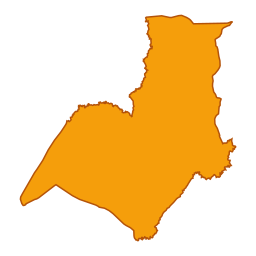 Non Daeng, Nakhon Ratchasima, Thailand (Robinson projection)
{"feature_id": "78962969B77255700381962", "entity_name": "Non Daeng", "entity_type": "district", "adm_level": 2, "iso_a3": "THA", "parent_name": "Thailand", "parent_adm1": "Nakhon Ratchasima", "projection": "robinson", "projection_center": [102.541, 15.454], "detail": "fine", "context": "isolated", "style": "filled", "palette": "amber", "viewbox_px": 256, "rotation_deg": 0, "n_neighbors": 0, "source": "geoboundaries", "source_scale": "gbopen_adm2", "svg_char_len": 5894}
<svg xmlns="http://www.w3.org/2000/svg" viewBox="0 0 256 256"><path d="M66.9,121.0L66.4,123.4L64.9,125.9L61.0,131.8L54.5,140.2L48.3,149.8L42.7,160.5L36.9,169.4L34.6,172.6L22.4,193.8L20.7,197.0L20.4,199.2L21.8,203.5L23.1,205.4L23.8,205.5L25.1,205.0L25.8,204.5L26.0,203.8L34.6,199.5L36.7,198.9L38.8,197.7L54.3,185.8L56.0,184.7L72.5,195.7L79.6,199.4L95.7,205.0L98.0,206.2L99.2,207.2L104.5,208.2L109.1,210.6L113.0,213.6L123.9,224.0L126.2,225.5L130.4,227.7L133.8,230.6L134.0,235.9L134.4,237.8L136.0,240.0L136.6,239.8L137.5,240.6L138.2,240.6L138.5,240.3L138.6,238.9L139.2,238.4L139.9,238.7L141.2,238.6L141.9,239.5L142.2,239.6L142.3,238.8L141.5,238.0L141.5,237.6L142.0,237.3L142.7,237.7L143.1,238.8L143.8,238.6L144.7,236.9L145.9,237.6L145.9,238.9L146.3,238.9L146.7,238.1L147.2,237.9L147.7,238.1L148.4,239.1L150.0,238.8L150.0,237.1L150.3,236.7L150.9,237.5L152.4,237.7L152.9,237.0L153.0,235.6L154.3,234.7L154.8,233.5L155.7,233.6L156.8,231.7L156.7,231.1L157.4,230.5L156.5,229.4L156.3,227.9L155.0,227.3L154.7,226.6L157.5,224.3L157.9,223.3L158.8,223.2L158.9,220.4L160.1,219.7L159.9,218.0L160.7,217.6L161.2,216.7L161.9,216.0L162.7,213.7L164.1,211.9L166.1,210.3L167.2,208.3L169.0,207.5L170.2,205.8L173.6,202.4L176.7,198.7L178.2,197.6L180.3,196.6L180.2,195.1L183.0,192.6L182.5,190.4L184.0,190.4L184.0,189.3L185.9,187.7L186.4,186.4L187.2,185.7L188.3,183.6L191.1,179.2L191.7,178.5L192.9,178.3L192.8,177.1L193.3,176.2L192.9,174.9L194.5,174.6L194.4,173.2L195.1,173.1L195.6,172.5L196.4,173.2L197.2,172.1L197.5,172.2L197.6,172.9L198.1,173.1L198.5,172.8L198.7,172.1L199.3,171.9L199.6,172.2L199.1,174.6L199.4,174.8L200.7,174.7L201.8,175.8L201.9,176.3L201.3,176.9L201.4,177.5L202.8,176.8L203.7,177.6L204.8,177.5L205.5,178.9L206.3,179.5L207.2,178.6L209.0,178.1L209.8,178.3L209.9,179.0L210.3,179.2L211.6,177.0L212.7,176.3L214.1,174.7L214.6,174.7L216.1,176.4L216.3,177.4L218.1,176.7L218.8,177.2L219.4,177.1L220.2,176.3L220.2,175.3L221.2,174.4L221.1,174.1L220.0,174.0L220.1,172.9L222.0,173.5L222.8,172.5L221.8,172.0L221.8,171.4L223.7,170.5L224.7,169.5L225.7,169.8L225.4,169.0L224.5,168.0L224.7,167.1L226.4,166.9L227.0,166.5L228.0,167.0L228.2,166.7L227.9,165.8L228.1,165.5L229.5,166.9L230.1,165.7L231.2,165.5L229.4,162.9L230.1,160.4L228.8,160.3L227.8,159.7L227.8,158.5L228.7,157.3L228.0,156.4L228.5,155.2L229.1,154.8L229.3,151.9L229.6,151.2L230.1,151.0L231.7,151.7L232.4,151.7L233.1,150.3L233.1,148.7L234.4,149.1L234.6,147.9L235.5,147.3L235.6,146.5L234.9,146.0L233.6,146.0L232.5,145.2L232.4,143.7L231.6,141.0L231.9,138.9L230.9,139.6L230.0,139.6L229.3,140.8L228.5,140.4L227.7,140.8L227.7,141.9L227.0,142.3L226.8,143.0L225.8,143.2L225.0,142.9L223.8,143.4L223.3,143.1L222.8,143.6L219.7,136.9L219.4,135.8L219.7,135.5L219.4,134.3L217.3,128.3L215.7,125.6L214.9,123.6L214.7,118.9L215.8,116.3L216.8,115.1L218.5,113.8L219.1,106.8L220.1,105.3L220.1,102.1L221.1,99.0L219.7,98.1L217.3,97.8L216.5,97.2L215.5,94.4L213.7,91.9L212.5,86.2L212.6,83.5L213.1,80.9L212.4,76.7L212.8,75.4L215.1,73.6L218.0,70.0L219.5,67.5L220.1,65.7L219.9,60.8L218.8,56.3L217.8,49.4L217.1,47.0L215.8,45.8L215.7,43.3L215.1,39.7L215.5,39.1L219.7,36.4L220.5,34.7L221.3,33.7L222.0,29.5L223.4,27.9L227.8,25.8L229.5,25.4L231.8,22.2L232.7,21.9L231.1,21.8L228.1,23.0L226.7,23.2L193.5,23.8L190.4,20.0L188.9,18.8L186.5,17.4L181.6,15.4L178.9,15.6L171.5,17.5L169.8,17.5L161.7,15.8L146.3,17.2L145.7,17.8L146.7,20.7L145.6,21.1L145.6,21.6L145.9,21.8L146.9,21.3L147.3,21.5L148.1,21.2L147.9,22.1L148.7,23.5L148.5,24.3L147.6,25.4L148.3,26.7L148.9,29.3L148.0,31.0L147.7,33.0L147.0,33.8L147.4,34.3L148.2,34.5L148.3,35.3L148.9,35.6L148.6,36.8L149.8,37.4L149.4,39.0L149.7,39.1L150.4,38.7L151.2,39.1L150.9,40.4L151.1,42.7L151.0,44.0L150.4,44.3L150.1,45.0L150.6,45.7L150.7,46.7L151.9,46.2L152.2,46.4L152.2,47.0L151.9,47.5L151.9,48.6L150.0,48.7L149.8,49.4L148.5,50.8L148.3,53.2L147.3,53.8L147.7,55.3L147.2,56.3L147.2,57.0L146.3,57.2L144.7,58.5L144.4,59.3L143.5,59.3L143.8,60.3L143.3,60.8L143.3,61.2L144.2,61.7L144.2,62.3L145.1,63.6L146.1,66.0L146.2,66.7L145.2,67.4L144.9,68.4L145.9,68.7L145.9,69.3L147.4,70.1L146.6,70.4L146.6,72.0L145.6,72.7L145.5,73.4L144.7,73.8L144.7,74.7L145.4,77.4L144.0,78.1L143.7,78.8L143.9,79.4L143.3,80.3L143.3,80.9L142.2,81.7L142.5,83.0L141.9,83.9L141.2,84.1L141.2,85.4L141.9,85.6L141.7,86.8L141.0,86.9L140.0,87.6L140.1,88.5L138.7,89.1L138.4,89.1L138.3,88.6L137.8,89.0L135.9,88.9L136.0,90.7L135.2,90.5L134.6,91.9L133.9,91.6L133.4,91.7L133.0,92.3L131.2,93.1L130.8,94.1L129.6,94.7L129.5,96.0L129.8,96.5L129.4,96.8L129.5,97.1L130.4,97.4L133.2,101.1L133.3,104.4L133.9,106.5L133.1,107.4L133.2,109.0L133.6,109.9L132.7,111.2L132.8,111.9L132.0,114.9L132.0,116.4L131.5,116.6L130.7,115.4L129.7,114.9L129.7,113.8L129.4,113.3L127.4,111.8L126.7,111.9L125.6,111.4L125.5,111.7L126.0,112.3L125.8,112.5L124.4,112.4L123.8,112.8L122.3,112.4L122.4,111.4L122.7,110.8L122.0,110.2L122.0,109.5L121.2,109.3L120.6,109.6L120.0,109.6L119.8,108.7L118.4,107.8L117.4,105.9L116.5,106.0L115.9,105.3L115.3,105.2L114.8,105.6L113.8,105.6L113.3,106.5L112.7,106.1L112.1,103.8L110.9,103.3L109.8,103.8L109.0,103.6L108.3,102.9L107.8,103.1L106.7,102.8L106.4,102.0L105.9,101.5L105.2,102.2L105.5,103.3L105.2,103.5L104.2,103.3L104.4,102.5L104.1,102.1L102.2,103.0L101.0,103.0L100.5,102.1L98.9,102.4L98.7,102.9L99.3,103.4L99.3,103.9L98.7,105.0L98.0,104.6L95.1,105.0L94.0,104.6L93.3,105.2L92.4,105.4L91.5,104.9L89.6,105.0L88.9,103.9L88.4,103.8L88.2,104.0L88.2,105.8L87.9,105.9L87.3,105.4L87.1,106.0L86.1,106.8L85.5,106.9L84.9,107.7L84.6,107.4L84.8,105.8L84.6,105.4L83.8,105.8L82.9,105.5L82.3,106.5L81.4,106.3L81.2,105.7L80.5,105.7L80.1,105.2L79.6,105.4L79.4,106.3L78.6,105.8L78.5,107.0L78.9,107.8L79.0,109.1L78.2,109.3L77.6,111.3L76.5,111.6L76.1,111.3L75.2,111.8L73.9,113.3L73.8,114.2L73.0,114.3L73.1,115.1L72.4,115.3L72.5,116.1L72.1,116.5L72.0,117.1L70.5,117.4L70.6,118.5L71.1,119.6L70.8,120.2L69.3,121.6L68.8,121.4L68.5,120.7L67.2,121.2L66.9,121.0Z" fill="#f59e0b" stroke="#b45309" stroke-width="1.5"/></svg>